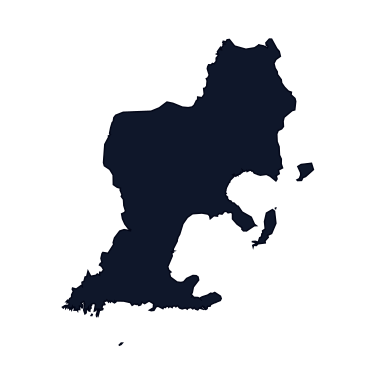 Batangas, Batangas, Philippines, rotated 275°
{"feature_id": "2640588B63294043497895", "entity_name": "Batangas", "entity_type": "district", "adm_level": 2, "iso_a3": "PHL", "parent_name": "Philippines", "parent_adm1": "Batangas", "projection": "mercator", "projection_center": [120.815, 13.883], "detail": "fine", "context": "isolated", "style": "filled", "palette": "ink", "viewbox_px": 384, "rotation_deg": 275, "n_neighbors": 0, "source": "geoboundaries", "source_scale": "gbopen_adm2", "svg_char_len": 5891}
<svg xmlns="http://www.w3.org/2000/svg" viewBox="0 0 384 384"><g transform="rotate(275 192 192)"><path d="M75.2,79.5L73.2,78.9L73.4,77.5L72.0,76.5L72.3,77.6L70.7,77.3L71.1,78.6L69.7,79.6L68.4,78.7L68.0,76.3L65.3,76.4L66.7,77.4L66.4,78.7L65.5,78.7L66.3,79.9L64.5,80.5L65.7,81.3L64.1,82.3L67.6,82.9L66.3,83.6L67.1,84.2L66.9,85.3L64.0,84.9L64.4,86.6L63.5,86.8L64.8,86.9L64.9,87.6L63.8,88.4L65.2,88.4L65.1,90.4L68.5,89.8L68.3,91.7L66.6,92.2L67.6,92.3L67.3,92.8L69.4,93.0L71.7,91.0L73.6,93.6L71.7,94.6L71.2,94.1L71.1,94.9L65.0,94.4L61.3,96.0L62.4,97.1L66.2,96.8L65.8,97.7L68.2,98.9L64.8,99.2L64.4,100.6L66.2,100.5L67.6,101.6L68.9,101.0L70.5,101.8L70.7,101.0L70.8,101.1L72.0,102.1L72.5,104.5L71.5,105.7L64.9,105.1L65.7,106.5L67.0,106.8L67.1,108.6L61.2,107.4L59.0,108.1L61.8,108.0L62.5,109.0L61.4,109.4L64.9,110.0L68.0,109.5L66.0,110.3L67.0,113.2L68.1,113.4L68.7,112.3L71.5,112.7L72.3,115.0L74.8,113.7L75.8,114.4L75.7,115.7L77.1,116.5L75.1,118.5L76.4,119.1L75.2,120.4L76.5,121.0L74.8,124.4L75.5,125.3L76.0,124.6L76.6,124.6L75.8,125.6L76.9,126.3L77.4,133.4L76.5,140.2L73.9,142.2L75.6,144.5L75.1,146.3L75.7,147.4L74.3,148.9L75.1,150.7L77.9,151.8L76.7,154.6L79.7,158.7L77.4,163.5L73.2,163.6L70.6,160.0L70.2,161.7L70.8,164.4L74.5,166.2L75.3,168.1L73.3,173.2L74.9,173.8L74.6,175.6L76.0,176.6L75.9,178.4L75.1,178.9L76.2,179.8L75.2,182.3L76.5,182.7L77.1,184.7L76.2,185.9L77.6,187.5L75.4,189.7L74.7,192.4L75.9,195.5L74.9,197.5L75.9,198.0L76.9,201.0L75.6,203.0L77.1,204.3L75.7,205.6L75.1,208.0L77.1,209.4L76.4,212.6L78.0,211.3L79.3,212.7L78.0,213.6L78.6,214.1L78.0,214.8L76.5,214.5L76.2,216.0L77.2,217.2L79.4,217.4L79.9,220.0L81.6,220.5L84.2,225.1L83.6,225.7L84.3,225.4L86.4,229.6L88.4,230.4L90.7,229.4L93.9,223.4L92.6,221.2L92.8,219.4L90.6,216.5L88.4,211.2L87.0,209.2L86.0,209.8L87.4,207.2L87.3,204.5L85.9,203.6L87.7,204.1L86.8,203.3L88.3,201.9L87.6,200.9L89.0,201.2L90.2,199.9L91.6,201.0L97.4,201.6L104.9,206.3L107.9,205.4L109.0,203.5L108.9,200.2L105.4,194.2L101.7,191.5L100.9,188.9L101.0,185.0L105.3,178.0L108.4,176.8L110.0,177.0L109.9,177.1L110.2,177.3L110.5,177.9L112.3,175.6L115.5,174.3L126.6,177.9L129.2,177.1L130.2,178.4L130.9,177.1L131.7,179.1L131.8,178.4L133.8,178.3L141.7,181.5L144.9,181.6L145.0,182.6L145.1,181.7L148.8,183.4L159.5,185.7L166.3,189.6L170.4,194.4L171.9,203.7L171.4,209.7L170.0,211.6L167.0,212.5L170.3,215.8L170.2,219.5L171.3,219.4L172.8,220.7L172.6,223.9L175.6,226.1L175.6,228.3L174.4,229.7L175.3,232.6L174.2,234.2L168.7,234.7L163.9,239.7L160.8,245.0L159.3,244.9L157.8,246.6L158.0,249.7L163.8,256.9L164.1,258.9L165.3,257.0L172.1,253.2L176.4,243.7L181.9,239.2L182.0,238.0L184.7,234.7L184.5,233.1L186.4,231.5L186.7,229.5L188.7,227.8L190.0,227.8L190.3,226.8L191.2,227.4L190.6,226.8L191.4,225.8L193.3,225.5L193.6,226.1L194.6,225.3L196.5,225.5L196.7,226.2L196.7,225.5L199.3,225.9L204.6,228.0L205.4,228.5L204.8,229.3L205.5,228.5L207.1,229.1L211.1,232.4L212.7,230.9L213.5,232.4L212.2,233.1L212.7,234.0L212.1,233.2L211.5,234.3L212.7,235.1L212.5,236.2L213.3,235.8L214.0,238.3L215.8,238.7L215.3,239.5L216.8,240.9L218.3,240.3L217.1,242.0L218.3,244.5L217.2,245.1L218.1,246.2L217.8,247.3L218.1,246.2L218.6,246.7L218.8,248.8L218.0,249.8L218.4,250.6L216.3,252.3L215.4,255.5L214.7,255.3L215.3,255.5L214.7,258.6L216.1,264.6L214.6,268.5L210.4,274.6L212.4,275.6L215.6,274.5L217.8,277.3L221.4,276.2L223.9,280.1L227.8,278.4L232.6,278.1L236.4,275.9L244.7,274.8L249.6,272.4L257.2,271.4L260.8,272.5L262.7,275.8L265.2,277.4L270.4,276.6L274.4,277.2L281.8,284.6L282.8,287.2L291.3,287.4L294.2,286.4L297.4,282.2L300.1,282.3L300.8,279.3L304.5,275.0L308.4,271.8L311.7,271.1L316.5,266.9L319.3,266.4L322.6,264.0L327.3,262.4L331.4,264.1L334.9,268.2L339.7,266.6L342.2,264.0L351.2,258.0L351.1,255.7L347.0,252.6L344.5,253.3L345.2,254.0L343.6,255.0L342.2,254.5L343.8,250.4L344.3,245.8L345.1,245.5L344.2,245.7L341.1,241.8L338.9,233.2L341.1,221.7L347.2,215.9L346.7,213.7L344.6,212.8L344.9,210.0L343.4,209.6L342.3,211.7L341.6,210.1L340.2,210.3L338.0,208.4L336.3,209.0L336.4,207.9L338.2,207.5L334.0,205.1L332.4,205.8L331.6,204.5L330.8,206.7L327.5,204.4L326.9,205.4L325.9,204.5L324.4,204.8L321.6,202.8L321.8,201.1L320.3,200.0L320.2,197.5L318.1,196.7L316.1,196.5L310.0,199.0L306.9,197.7L306.2,196.4L304.1,197.4L298.6,197.4L296.5,195.8L296.2,194.6L290.4,195.7L286.8,193.7L287.1,189.4L284.0,189.6L283.6,188.5L278.7,186.6L276.7,184.7L275.7,180.9L275.7,175.0L278.7,165.2L279.4,159.2L273.0,152.1L268.9,144.2L265.4,116.5L261.8,109.3L259.3,107.7L255.3,107.4L254.3,106.5L248.9,105.4L243.2,104.8L242.1,105.7L240.5,103.9L240.1,104.5L231.9,101.0L213.5,101.3L210.5,102.4L207.4,108.1L202.1,112.0L192.5,113.0L190.2,117.1L189.6,120.4L187.6,120.3L183.1,122.6L181.5,121.9L178.6,124.4L172.6,125.3L167.3,127.4L165.7,126.6L164.1,123.8L159.3,125.1L154.3,127.9L149.9,131.9L149.2,134.2L148.0,134.1L148.6,127.6L146.8,123.4L139.5,118.8L134.7,117.9L133.0,118.6L123.6,113.7L124.0,108.5L122.9,107.8L118.0,107.1L113.9,108.5L112.9,106.9L111.2,106.2L110.1,108.5L106.8,110.8L103.9,108.9L104.0,107.1L101.1,107.3L102.1,104.8L100.6,103.5L99.2,98.5L104.1,95.3L98.6,94.5L98.0,92.9L93.6,92.2L92.5,90.3L88.2,91.0L89.1,89.6L85.2,85.1L85.9,81.4L84.6,81.2L82.7,82.5L79.3,81.1L76.4,81.2L75.2,79.5ZM144.2,257.2L142.7,257.7L144.3,258.0L144.3,260.7L146.2,262.4L147.7,269.4L149.7,269.0L153.5,271.9L155.4,271.1L157.6,274.9L168.1,278.3L180.0,275.9L181.5,273.7L177.5,268.0L168.9,266.8L161.6,268.2L159.4,265.7L157.4,266.2L156.5,265.3L153.4,265.1L152.3,263.4L147.3,262.3L144.2,257.2ZM228.9,298.3L226.6,295.2L220.8,298.5L218.4,298.9L214.7,297.8L213.2,295.5L212.6,296.2L213.1,300.1L216.0,301.2L217.3,303.8L224.9,311.0L231.0,308.5L228.9,298.3ZM147.8,255.9L147.2,259.6L147.9,261.7L148.4,259.4L147.8,255.9ZM32.8,132.5L33.9,134.6L35.4,135.7L35.3,134.6L32.8,132.5ZM66.0,73.0L65.2,73.9L67.6,75.9L67.6,75.2L66.0,73.0ZM60.2,102.3L60.2,103.0L61.3,103.3L61.5,102.9L60.2,102.3ZM183.2,276.5L182.0,276.6L183.3,276.8L183.2,276.5Z" fill="#0f172a" stroke="#020617" stroke-width="1.5"/></g></svg>